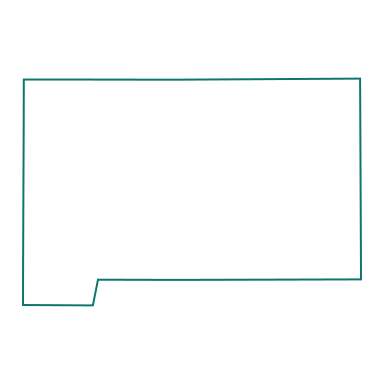 Stone, Mississippi, United States of America
{"feature_id": "52423323B58582315603742", "entity_name": "Stone", "entity_type": "district", "adm_level": 2, "iso_a3": "USA", "parent_name": "United States of America", "parent_adm1": "Mississippi", "projection": "albers", "projection_center": [-89.176, 30.779], "detail": "fine", "context": "isolated", "style": "outline", "palette": "teal", "viewbox_px": 384, "rotation_deg": 0, "n_neighbors": 0, "source": "geoboundaries", "source_scale": "gbopen_adm2", "svg_char_len": 316}
<svg xmlns="http://www.w3.org/2000/svg" viewBox="0 0 384 384"><path d="M23.8,79.5L23.7,124.5L23.1,264.2L23.0,305.0L73.3,305.3L89.3,305.4L92.9,305.3L98.0,279.7L176.2,279.9L286.0,279.6L361.0,279.4L360.8,229.2L360.1,78.6L173.5,79.7L149.1,79.7L128.7,79.6L23.8,79.5Z" fill="none" stroke="#0f766e" stroke-width="2"/></svg>